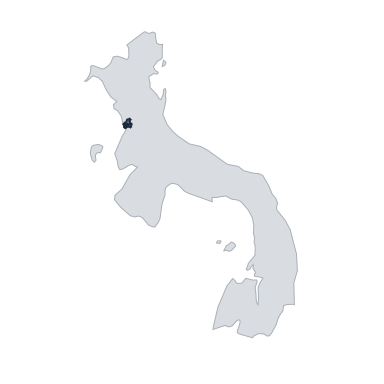 location of Remedios, Chiriquí, Panama, rotated 53°
{"feature_id": "35544464B82986872921628", "entity_name": "Remedios", "entity_type": "district", "adm_level": 2, "iso_a3": "PAN", "parent_name": "Panama", "parent_adm1": "Chiriquí", "projection": "mercator", "projection_center": [-81.789, 8.225], "detail": "fine", "context": "in_parent", "style": "filled", "palette": "slate", "viewbox_px": 384, "rotation_deg": 53, "n_neighbors": 0, "source": "geoboundaries", "source_scale": "gbopen_adm2", "svg_char_len": 6987}
<svg xmlns="http://www.w3.org/2000/svg" viewBox="0 0 384 384"><g transform="rotate(53 192 192)"><path d="M343.6,178.1L342.5,178.9L339.4,183.3L337.8,187.1L341.7,191.1L342.9,195.3L345.1,199.9L348.6,204.5L352.5,213.1L353.4,216.5L352.3,218.7L348.6,220.1L345.1,224.1L344.2,229.0L344.8,231.4L334.5,239.2L331.8,240.5L330.0,239.3L327.8,235.4L325.2,232.2L323.7,231.1L322.9,231.1L322.1,231.8L321.7,233.5L323.1,240.8L321.9,243.8L318.4,246.1L314.4,258.0L312.8,256.5L299.5,240.5L288.0,220.6L285.6,211.6L288.6,211.0L291.4,211.2L293.0,209.8L294.8,207.2L293.3,201.1L298.9,196.5L301.1,193.4L302.6,193.7L306.3,199.1L311.6,202.1L318.1,206.5L322.2,207.5L317.0,202.9L308.2,196.8L305.7,192.8L303.4,187.2L299.9,189.6L298.3,191.6L296.6,192.8L295.0,191.4L294.7,189.6L289.5,189.2L288.2,187.6L286.8,186.7L287.4,190.2L288.5,192.3L287.9,194.9L286.2,195.1L284.8,192.4L282.9,190.0L280.4,179.8L274.5,175.0L271.8,173.4L269.6,172.8L266.3,169.6L261.9,167.8L256.0,162.8L248.8,159.2L239.9,157.9L229.1,158.7L225.5,160.7L223.0,163.2L221.9,164.4L215.5,167.4L213.1,171.6L211.5,175.2L208.4,179.2L212.0,181.7L191.2,195.4L187.1,197.4L177.8,198.8L175.6,200.3L172.8,203.0L172.4,207.2L172.8,210.7L175.5,213.4L177.9,215.1L183.7,223.3L194.0,233.6L196.0,237.3L197.6,242.9L194.5,245.5L192.1,246.6L182.3,247.1L178.9,249.3L177.5,252.7L173.9,255.5L161.3,258.2L151.4,258.5L148.3,255.4L147.5,246.4L140.9,231.1L139.3,220.6L137.6,221.9L134.1,223.1L132.9,225.7L132.0,233.5L130.7,236.2L128.0,235.9L122.4,233.1L114.9,230.6L105.4,214.1L104.4,211.0L102.5,207.3L95.2,205.7L88.9,202.9L82.1,202.5L78.6,204.1L75.0,202.1L74.4,197.6L67.3,199.6L58.1,198.9L49.8,197.0L44.2,198.0L39.5,201.2L40.2,209.4L38.8,211.0L38.6,207.7L36.9,203.8L34.9,200.6L30.8,197.3L30.6,196.1L32.2,194.4L39.8,189.6L40.7,187.6L40.8,183.4L40.1,179.4L36.7,173.5L38.6,169.9L42.5,167.0L46.5,164.7L47.2,163.7L46.4,161.7L44.1,159.5L38.7,155.9L35.4,155.6L35.3,145.0L35.4,133.8L36.2,132.7L38.2,132.0L39.8,130.3L40.7,127.0L43.1,125.8L47.4,128.4L51.8,130.6L53.6,129.9L55.0,128.8L55.9,127.7L56.3,126.6L59.8,129.6L66.9,135.0L67.4,137.6L66.7,140.1L68.6,147.3L72.4,148.3L76.1,146.9L77.0,148.2L76.3,149.6L74.4,151.1L73.9,157.2L80.1,160.1L83.1,162.6L93.3,161.5L97.1,162.1L99.6,161.4L96.8,156.4L93.0,152.8L93.3,151.1L96.2,152.3L98.4,154.8L103.4,157.9L112.6,168.7L123.2,171.3L131.5,171.0L139.3,169.5L151.8,165.3L160.7,157.8L167.9,154.4L191.1,147.2L199.4,139.7L202.9,138.7L206.2,137.8L213.5,132.1L217.4,127.7L221.6,125.5L233.9,127.1L241.8,129.2L247.3,128.9L252.6,130.4L254.9,133.6L257.3,135.0L270.3,134.6L281.0,136.2L304.3,145.8L318.3,155.2L325.7,165.2L343.6,178.1ZM109.4,252.2L106.4,252.5L100.2,250.2L95.6,245.5L95.3,244.0L95.4,242.5L97.9,237.8L101.2,236.1L102.5,236.1L105.6,241.6L103.5,243.7L104.4,247.1L108.9,249.6L109.4,252.2ZM259.2,199.6L258.1,202.0L255.5,196.7L255.9,195.4L255.7,190.6L258.2,189.3L260.0,189.2L261.5,189.9L262.4,195.5L261.7,198.1L259.2,199.6ZM74.5,137.6L73.9,140.3L69.6,135.5L72.2,134.8L73.1,134.9L74.5,137.6ZM249.9,200.8L247.4,203.2L246.5,200.9L248.2,198.5L248.8,198.4L249.9,200.8Z" fill="#d9dde1" stroke="#a8b0b8" stroke-width="1"/><path d="M96.2,205.8L96.2,206.0L96.5,206.1L97.1,206.2L97.5,206.3L97.9,206.5L98.0,206.5L98.0,206.4L97.9,206.3L97.7,206.1L97.4,206.0L97.4,205.9L97.5,205.9L97.4,205.9L97.3,206.0L97.5,206.1L97.8,206.1L98.0,206.2L98.2,206.6L98.5,206.9L99.1,207.5L99.6,207.5L99.8,207.4L100.1,207.4L100.1,207.2L100.3,207.2L100.5,207.1L100.3,207.0L100.4,206.9L100.6,206.9L100.6,206.6L100.3,206.6L99.8,206.3L99.7,206.2L99.3,206.2L99.1,205.9L99.0,206.1L98.9,206.1L98.7,206.0L98.8,206.0L99.0,206.0L99.0,205.9L99.3,205.7L99.2,205.6L98.9,205.5L98.6,206.0L98.3,205.7L98.2,205.6L97.9,205.7L98.0,205.8L97.9,205.9L98.0,205.7L97.9,205.6L98.0,205.5L98.3,205.5L98.2,205.5L98.2,205.4L98.3,205.6L98.6,205.9L98.7,205.6L98.8,205.4L98.8,205.2L98.7,205.2L98.7,205.3L98.5,205.2L98.6,205.4L98.7,205.2L98.8,205.2L98.8,205.4L98.6,205.5L98.9,205.5L99.2,205.5L99.2,205.2L98.9,205.1L99.1,205.1L99.2,205.4L99.3,205.6L99.5,205.4L99.7,205.1L99.6,204.8L99.6,204.7L99.6,205.0L100.1,205.4L100.4,205.5L100.5,205.4L100.3,205.0L100.2,204.9L100.3,204.9L100.2,204.8L100.2,204.7L100.3,204.2L100.2,204.1L99.9,203.9L99.8,203.6L99.7,203.3L99.2,203.2L99.0,203.3L98.8,203.2L98.7,203.3L98.5,203.1L98.2,203.1L98.1,202.9L98.2,202.7L97.9,202.8L97.8,202.7L97.9,202.8L98.1,202.7L98.2,202.9L98.1,203.0L98.5,203.1L98.7,203.3L98.8,203.2L99.0,203.2L99.4,203.3L99.6,203.2L99.8,203.3L99.9,203.6L100.0,203.6L99.9,203.7L99.9,203.9L100.0,203.9L100.3,204.0L100.4,204.4L100.3,204.6L100.5,204.9L100.7,204.2L100.5,203.9L100.5,203.7L100.4,203.5L100.5,203.5L100.7,203.2L100.7,202.5L100.2,202.5L100.1,202.2L99.8,202.1L99.7,202.2L99.8,202.3L99.7,202.5L99.4,202.3L99.3,202.5L99.2,202.5L99.2,202.4L99.2,202.1L99.2,202.3L99.2,202.5L99.3,202.5L99.4,202.3L99.7,202.4L99.7,202.2L100.0,202.1L100.2,202.3L100.3,202.2L100.3,202.3L100.2,202.3L100.3,202.4L100.6,202.3L100.8,202.5L100.7,202.7L100.8,202.9L100.9,202.7L101.0,202.7L101.2,202.9L101.4,202.7L101.5,202.8L101.8,202.8L102.0,203.4L102.5,203.0L102.5,202.8L102.8,202.6L103.2,202.5L103.1,202.4L103.3,202.2L103.2,201.9L103.3,201.9L103.2,201.7L103.3,201.5L103.0,201.5L102.9,201.2L102.5,200.8L102.4,200.7L102.6,200.7L102.3,200.4L102.3,200.2L102.2,199.8L101.7,199.9L101.7,200.0L101.9,200.1L101.7,200.3L101.6,200.2L101.3,200.4L101.2,200.4L101.2,200.2L101.3,200.1L101.4,199.8L101.5,199.6L101.6,199.4L101.4,199.2L101.3,199.4L101.2,199.4L101.1,199.2L100.9,199.2L100.7,199.2L100.7,199.3L100.6,199.5L100.3,199.6L100.2,199.7L100.1,199.8L100.1,200.0L100.2,199.9L100.2,200.0L100.3,200.0L100.2,200.2L100.0,200.3L100.0,200.1L99.9,200.2L99.5,199.9L99.6,199.7L99.8,199.7L99.6,199.5L99.7,199.4L99.5,199.5L99.3,199.5L99.2,199.6L99.0,199.4L98.9,199.5L99.0,199.6L98.8,199.6L98.7,199.4L98.6,199.5L98.4,199.5L98.0,199.3L97.8,199.3L97.5,199.4L97.5,199.2L97.4,199.1L97.4,198.9L97.2,198.8L97.2,198.6L97.4,198.0L97.5,198.0L97.5,197.8L97.4,197.8L97.4,197.7L97.3,197.8L97.1,197.7L97.0,197.9L96.9,197.9L96.9,198.0L96.8,197.9L96.7,198.0L96.6,197.8L96.7,197.7L96.4,197.4L95.8,197.4L95.7,197.5L95.8,197.7L95.6,198.0L95.6,198.4L95.5,198.7L95.4,199.2L95.3,199.4L95.0,199.8L94.9,200.0L95.0,200.2L95.0,200.5L95.4,200.9L95.4,201.0L95.8,201.3L95.8,201.1L96.0,201.4L96.2,201.5L96.0,201.9L95.9,202.0L96.0,202.2L96.2,202.3L96.4,202.5L96.5,202.6L96.4,202.7L96.6,202.9L96.6,203.0L96.8,203.2L96.7,203.4L96.8,203.5L96.8,203.8L97.0,203.6L97.2,203.9L97.2,204.0L97.1,204.4L97.0,204.2L96.9,204.4L96.8,204.5L97.0,204.5L96.9,204.6L96.7,204.6L96.4,204.5L96.5,204.7L96.5,204.8L96.4,204.8L96.3,205.3L96.5,205.4L96.4,205.5L96.5,205.6L96.4,205.9L96.3,205.7L96.2,205.8ZM99.8,205.5L99.8,205.4L99.7,205.2L99.6,205.3L99.5,205.5L99.3,205.5L99.4,206.1L99.6,206.0L99.9,206.1L100.1,206.2L100.8,206.3L100.8,206.2L100.7,206.1L100.4,206.1L100.5,206.1L100.8,206.1L100.9,206.3L101.2,206.1L101.2,205.9L101.2,205.6L100.9,205.7L100.7,205.8L100.8,205.6L100.6,205.7L100.4,205.7L99.9,205.8L100.1,205.7L99.9,205.7L100.3,205.6L99.9,205.4L99.8,205.5ZM101.0,205.0L101.1,204.5L100.9,204.5L100.8,204.8L101.0,205.0Z" fill="#64748b" stroke="#1e293b" stroke-width="1.5"/></g></svg>